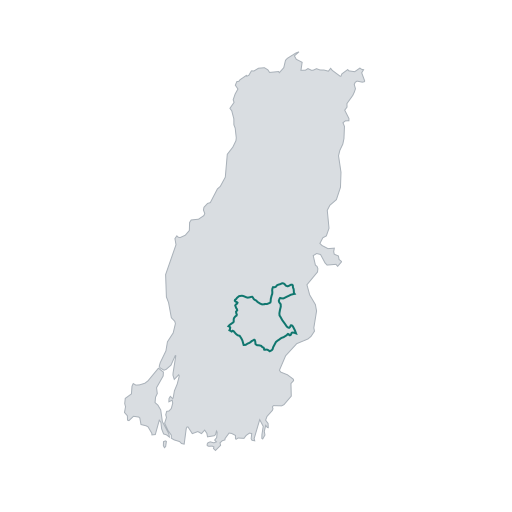 where Konya sits in Turkey, rotated 287°
{"feature_id": "TUR-3011", "entity_name": "Konya", "entity_type": "Province", "adm_level": 1, "iso_a3": "TUR", "parent_name": "Turkey", "parent_adm1": "", "projection": "robinson", "projection_center": [32.808, 37.948], "detail": "fine", "context": "in_parent", "style": "outline", "palette": "teal", "viewbox_px": 512, "rotation_deg": 287, "n_neighbors": 0, "source": "natural_earth", "source_scale": "10m", "svg_char_len": 5969}
<svg xmlns="http://www.w3.org/2000/svg" viewBox="0 0 512 512"><g transform="rotate(287 256 256)"><path d="M389.6,187.9L396.5,190.1L398.7,188.5L404.8,188.7L410.4,189.9L413.3,186.3L417.2,186.7L418.0,188.5L419.9,189.2L425.9,194.0L425.2,194.6L426.7,196.3L431.7,197.5L432.3,199.9L436.3,203.5L438.5,209.0L437.5,212.9L435.5,215.3L439.0,223.7L438.1,224.7L444.2,227.5L451.8,227.0L454.2,228.2L461.8,234.8L463.8,237.4L458.6,234.2L455.9,237.0L454.7,243.5L446.7,244.7L448.1,248.9L450.4,250.9L449.8,254.9L450.5,256.5L452.8,259.1L452.6,262.8L453.7,266.6L453.9,271.2L457.3,272.5L455.8,274.7L452.5,283.9L452.8,284.7L455.3,284.9L461.1,289.2L460.2,290.6L461.1,296.5L466.1,300.4L465.4,302.4L465.6,304.4L462.1,303.5L455.1,308.8L454.3,308.6L453.3,306.8L452.8,301.5L451.1,300.1L448.8,299.8L445.0,302.2L441.5,302.1L437.9,301.6L428.4,298.4L425.0,299.5L421.4,298.2L414.6,304.7L412.5,305.3L411.4,302.0L408.9,300.2L405.8,302.7L393.9,305.8L388.4,306.3L381.6,305.3L376.0,305.6L360.9,312.8L346.4,316.7L333.4,316.4L326.1,311.8L320.5,310.8L303.9,317.7L295.8,317.4L293.0,314.6L286.7,313.4L285.3,316.1L284.1,322.7L286.4,328.6L282.9,329.0L280.6,330.3L280.1,334.8L276.9,336.5L275.8,339.3L275.2,339.4L270.0,337.1L271.4,334.9L268.1,326.6L269.6,324.0L276.3,317.3L276.1,313.3L273.1,310.6L264.6,315.5L263.9,317.4L261.9,318.9L258.7,319.5L243.4,313.1L234.5,318.7L226.9,327.0L221.1,330.0L204.2,332.3L201.2,333.9L195.4,332.2L191.9,330.0L184.1,320.6L169.3,313.5L153.6,311.8L152.2,313.6L151.6,320.8L149.1,327.7L147.8,328.4L144.3,326.7L132.3,330.7L122.0,326.2L120.2,324.3L118.0,316.4L116.5,315.8L114.9,316.9L113.1,316.8L105.8,313.4L101.8,313.2L99.4,316.5L95.4,317.9L95.3,317.0L96.9,314.8L90.7,315.2L87.4,316.9L83.0,315.9L83.3,314.9L86.9,313.9L95.2,312.7L100.6,307.4L80.8,307.6L78.9,308.8L78.6,306.1L79.8,304.8L85.0,303.8L84.7,301.5L81.6,299.1L78.1,297.8L76.7,292.1L75.0,290.6L75.2,289.8L78.4,288.8L79.2,284.6L78.8,282.0L72.5,279.8L71.0,280.0L69.5,277.8L66.8,276.2L64.6,277.5L58.2,274.1L59.5,271.6L61.1,271.6L61.4,269.7L60.2,266.5L60.4,264.8L61.8,264.3L63.4,264.7L64.9,266.6L65.0,270.3L66.7,272.5L67.9,270.3L70.8,271.5L76.1,270.4L77.1,269.4L73.3,269.5L71.9,268.6L68.9,262.5L72.1,260.8L74.5,257.8L70.2,255.8L71.1,251.7L67.5,247.0L72.6,241.0L72.4,240.1L70.8,239.7L55.1,242.3L54.9,239.6L56.2,237.2L56.2,231.5L57.0,228.3L59.9,227.4L63.5,222.8L69.4,217.5L75.4,217.6L77.8,216.1L81.3,216.0L82.3,218.1L85.4,219.6L90.9,219.4L93.6,218.0L91.1,215.3L94.2,214.5L96.7,215.1L95.3,218.0L96.0,218.3L103.2,217.4L110.6,218.1L118.8,217.7L119.8,216.8L114.1,213.9L117.8,211.4L119.9,210.9L137.1,208.5L137.2,207.9L126.7,206.6L121.3,203.2L119.9,201.4L121.0,196.9L122.2,195.7L126.0,195.6L138.9,197.6L148.1,196.4L158.2,199.3L167.8,198.7L169.8,197.4L172.2,193.1L185.9,186.0L190.6,182.3L211.8,175.0L243.4,176.2L248.9,173.4L252.1,174.4L251.2,176.2L251.4,178.0L255.2,182.3L260.9,184.8L268.7,182.7L271.5,183.5L274.4,190.3L279.4,194.3L281.6,194.6L284.6,192.3L287.4,192.0L292.1,194.3L293.7,196.7L308.9,199.5L312.1,201.5L322.4,203.6L344.9,198.8L353.3,202.0L360.3,203.1L363.2,202.6L372.2,198.7L375.0,196.5L380.7,194.7L387.7,190.4L389.6,187.9ZM98.1,175.9L97.4,178.9L98.7,182.3L101.8,186.9L105.0,189.2L120.2,195.5L117.9,201.4L114.1,202.3L101.0,199.4L95.6,201.8L91.7,201.2L86.3,202.3L84.7,205.8L80.9,209.9L70.2,214.9L60.3,224.8L57.5,226.1L58.8,222.7L58.8,219.7L63.1,216.3L69.1,213.7L70.7,211.5L55.8,211.9L54.5,208.8L56.0,208.2L61.0,202.8L61.5,200.6L61.2,195.3L67.2,192.2L67.7,190.9L66.9,185.7L61.4,182.6L61.5,181.1L65.6,179.7L67.9,176.0L73.7,175.3L76.5,173.6L81.6,172.6L87.7,177.2L95.2,175.5L98.1,175.9ZM52.5,224.5L47.4,225.3L45.9,224.5L47.5,222.9L51.4,221.8L52.7,223.4L52.5,224.5Z" fill="#d9dde1" stroke="#a8b0b8" stroke-width="1"/><path d="M208.0,248.8L208.9,249.5L209.3,249.7L210.5,250.1L212.7,251.6L213.9,254.2L214.0,255.6L213.9,257.0L213.7,258.6L213.7,260.1L214.2,261.2L214.8,262.3L215.4,263.2L215.9,264.3L215.5,265.0L214.2,266.4L213.8,267.3L213.4,269.4L212.7,270.5L212.2,271.9L212.0,272.9L211.7,273.8L211.5,276.0L212.3,278.1L212.6,278.3L212.8,278.6L213.0,279.7L213.4,280.7L214.8,282.4L215.7,283.3L216.7,283.3L219.3,282.7L222.7,282.5L224.5,282.6L226.2,282.2L227.9,281.5L229.6,281.2L231.2,281.4L231.5,282.8L232.3,283.9L233.3,284.3L234.3,284.8L235.2,285.9L236.0,287.2L236.8,288.1L237.6,289.0L237.8,290.5L237.3,291.9L236.8,292.5L236.4,293.2L236.3,294.4L236.3,295.2L237.2,296.3L237.7,296.8L238.6,297.6L239.1,298.8L238.8,299.6L238.4,299.9L237.3,300.3L236.6,300.6L235.6,301.5L234.4,302.1L232.4,302.8L231.8,303.1L231.1,304.0L230.6,303.0L229.1,300.6L227.7,299.2L226.0,297.3L223.5,294.7L223.0,293.0L223.0,292.6L222.9,291.3L221.9,291.0L219.8,290.9L218.8,291.5L218.1,292.3L217.1,293.7L214.8,294.5L211.4,294.7L208.1,295.1L206.0,295.9L204.9,297.2L202.3,299.9L199.6,303.5L197.5,306.1L196.9,307.9L197.1,308.8L198.4,309.4L199.8,309.5L200.1,310.2L200.0,311.0L199.3,312.0L196.2,315.0L193.7,316.9L193.8,315.1L193.5,313.3L193.0,312.6L192.3,312.5L191.3,312.4L190.4,312.1L190.0,311.3L190.3,310.5L190.8,310.1L190.8,309.3L190.1,308.9L189.2,308.5L187.7,307.2L187.1,306.7L186.4,306.1L185.5,304.8L184.4,303.7L182.8,302.6L181.4,301.4L179.6,300.2L173.9,299.1L171.7,299.1L170.7,298.7L169.9,298.0L169.4,297.5L168.9,296.9L169.5,295.4L169.7,293.8L169.4,292.8L168.9,292.0L168.9,291.1L169.8,290.8L170.6,290.0L170.7,288.7L171.6,287.3L171.5,285.2L171.0,283.1L171.5,281.4L172.2,281.0L173.8,280.4L175.2,279.5L175.4,278.7L173.8,277.3L173.3,276.6L172.5,276.3L171.0,275.1L169.7,273.5L168.0,272.1L167.3,270.2L171.2,267.7L172.9,266.1L174.9,263.7L174.9,263.1L174.8,262.5L174.8,262.0L175.2,260.6L175.8,259.3L177.5,256.7L177.7,255.6L177.3,255.4L176.6,254.8L176.7,254.4L176.9,254.1L177.2,252.3L178.5,252.5L180.2,252.2L180.5,251.7L180.7,251.0L180.8,250.2L181.7,250.6L182.6,251.1L185.8,253.6L186.6,253.9L188.9,253.2L190.0,253.1L191.8,253.7L192.5,254.1L193.3,254.8L194.3,254.8L195.6,253.8L196.9,253.2L198.6,253.9L199.6,253.3L200.4,252.3L202.6,250.6L203.7,250.9L204.9,251.8L205.9,252.0L206.2,251.5L206.4,250.1L206.6,249.4L207.0,248.8L208.0,248.8Z" fill="none" stroke="#0f766e" stroke-width="2"/></g></svg>